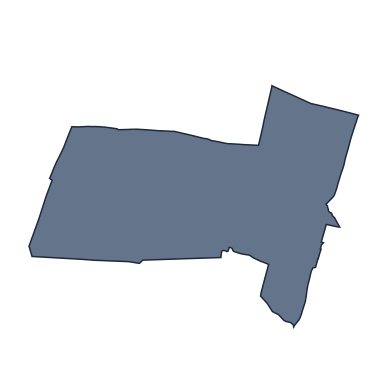 San Agustín Yatareni, Oaxaca, Mexico, rotated 189°
{"feature_id": "50627088B58222599296469", "entity_name": "San Agustín Yatareni", "entity_type": "district", "adm_level": 2, "iso_a3": "MEX", "parent_name": "Mexico", "parent_adm1": "Oaxaca", "projection": "mercator", "projection_center": [-96.684, 17.08], "detail": "fine", "context": "isolated", "style": "filled", "palette": "slate", "viewbox_px": 384, "rotation_deg": 189, "n_neighbors": 0, "source": "geoboundaries", "source_scale": "gbopen_adm2", "svg_char_len": 2780}
<svg xmlns="http://www.w3.org/2000/svg" viewBox="0 0 384 384"><g transform="rotate(189 192 192)"><path d="M339.9,103.3L290.0,108.3L277.8,109.3L243.8,113.3L232.8,113.3L229.9,117.0L153.2,131.8L153.3,133.4L153.4,135.3L153.3,136.7L153.5,137.3L153.1,138.6L152.2,139.1L150.1,139.2L149.1,139.0L148.5,138.6L148.0,138.7L147.1,139.3L146.7,141.7L146.8,143.1L145.2,143.1L144.5,142.9L143.7,142.6L143.2,142.1L142.9,141.3L142.3,140.4L141.2,139.8L138.4,139.4L137.4,139.1L132.9,138.6L131.5,138.6L127.9,138.6L125.6,138.6L124.5,138.3L123.8,137.8L123.1,137.5L121.3,136.6L112.5,134.1L111.4,134.0L105.0,132.5L106.4,119.1L107.5,108.2L107.9,104.5L108.0,102.3L108.0,100.1L108.0,99.9L100.2,93.7L93.9,86.5L87.2,84.3L81.3,79.7L79.1,78.8L74.3,78.6L71.0,76.5L70.5,74.5L70.2,75.1L70.3,75.5L67.1,81.2L66.4,82.2L65.6,84.8L64.8,88.7L64.5,91.3L64.0,94.7L63.0,101.1L62.9,106.8L62.9,107.3L63.1,112.9L63.0,118.2L63.0,118.5L62.5,123.4L62.4,124.4L62.1,128.8L61.8,132.3L60.7,136.0L58.3,136.8L58.1,137.5L57.3,145.2L57.2,145.9L56.9,145.8L56.4,150.3L55.6,155.7L56.4,155.7L55.8,160.2L54.6,162.0L54.3,162.5L55.8,162.6L56.5,162.8L55.0,174.9L54.3,181.0L53.0,180.9L48.1,180.6L47.5,180.6L46.9,180.6L46.2,180.5L41.8,180.3L40.6,180.5L43.5,184.0L44.6,185.5L46.2,187.6L47.0,188.7L49.6,190.6L50.3,192.0L50.5,192.3L51.0,193.1L53.2,193.6L54.2,194.4L54.6,196.1L55.3,197.4L56.0,199.2L56.9,200.2L57.8,201.0L57.4,201.4L52.7,208.0L51.5,209.9L50.9,211.5L50.4,213.8L49.6,218.5L49.2,222.8L48.0,231.1L47.8,233.1L47.2,236.1L46.7,239.0L46.3,241.6L46.1,243.8L45.9,246.9L45.6,251.2L44.8,257.2L44.4,260.4L44.2,262.5L43.8,266.8L43.4,270.4L42.9,273.8L40.8,286.8L40.2,291.1L39.5,293.9L42.0,294.2L43.7,294.3L46.1,294.6L57.0,295.6L59.6,295.8L62.8,296.1L71.8,296.8L72.1,296.8L73.0,296.9L73.9,297.0L88.6,298.0L102.2,301.8L117.8,306.1L129.7,309.5L129.6,307.9L130.0,302.6L132.0,274.5L132.0,274.4L132.3,267.0L133.6,248.5L135.4,248.3L142.7,247.5L148.5,246.9L154.1,246.4L157.1,246.1L158.0,246.0L161.5,245.7L163.6,245.4L164.8,245.3L167.2,245.4L169.7,245.5L173.3,245.7L177.4,245.8L180.9,245.8L181.9,246.0L182.5,246.4L185.8,246.9L188.9,246.8L193.7,247.2L200.2,247.8L217.6,249.0L219.6,249.1L221.8,248.7L224.0,248.5L226.1,248.3L234.7,247.3L235.5,247.2L242.4,246.7L244.3,246.5L247.1,246.3L249.0,246.1L250.1,246.0L256.2,245.4L260.8,244.6L265.4,243.7L267.5,243.3L270.2,242.8L274.1,242.0L274.9,242.2L275.9,242.7L283.4,242.6L285.6,242.5L286.4,242.5L288.7,242.4L290.0,242.3L292.7,242.1L298.0,241.5L300.6,241.0L305.1,240.5L305.4,240.4L306.3,240.2L311.9,239.0L315.5,238.3L317.4,238.1L319.6,237.9L320.0,237.8L320.9,237.7L324.1,223.6L325.7,216.0L326.8,212.3L327.2,211.0L327.4,210.2L330.6,200.1L332.0,194.9L334.7,183.0L332.0,181.7L335.0,167.0L335.7,163.0L339.0,141.7L339.7,138.1L342.4,123.9L344.5,112.9L339.9,103.3Z" fill="#64748b" stroke="#1e293b" stroke-width="1.5"/></g></svg>